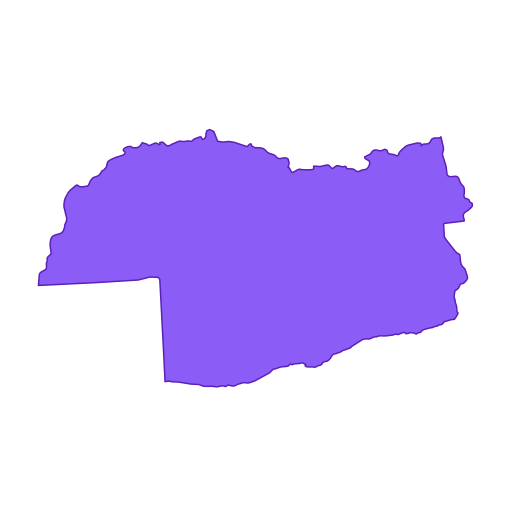 SVG path tracing the border of Mendoza, rotated 87°
{"feature_id": "ARG-1275", "entity_name": "Mendoza", "entity_type": "Province", "adm_level": 1, "iso_a3": "ARG", "parent_name": "Argentina", "parent_adm1": "", "projection": "natural_earth1", "projection_center": [-68.979, -34.756], "detail": "fine", "context": "isolated", "style": "filled", "palette": "violet", "viewbox_px": 512, "rotation_deg": 87, "n_neighbors": 0, "source": "natural_earth", "source_scale": "10m", "svg_char_len": 6030}
<svg xmlns="http://www.w3.org/2000/svg" viewBox="0 0 512 512"><g transform="rotate(87 256 256)"><path d="M162.7,142.3L160.7,137.6L160.1,136.5L157.9,134.6L156.9,133.5L156.4,132.2L156.4,130.6L157.5,126.1L157.2,124.5L156.6,123.2L156.2,121.9L156.8,120.3L157.6,119.5L159.7,119.0L160.6,118.3L161.1,117.1L161.7,113.8L162.2,112.4L163.3,110.2L163.3,109.2L162.4,108.5L160.9,107.9L159.8,107.2L157.7,105.1L154.3,100.8L153.3,98.4L151.7,89.9L151.7,88.2L151.8,86.7L152.0,86.1L152.3,85.5L153.8,85.4L154.4,85.2L153.1,83.1L153.0,81.7L153.1,80.3L152.9,78.6L152.2,77.0L151.2,76.1L148.7,74.6L147.5,72.2L147.7,66.5L146.8,65.2L147.6,64.9L157.3,63.2L159.9,63.2L161.5,63.9L164.4,64.5L176.8,61.4L184.2,61.0L184.7,60.8L185.5,60.4L185.9,60.0L186.2,59.6L186.7,58.9L186.9,58.0L187.0,57.0L186.8,52.6L186.9,52.1L187.2,51.3L187.9,50.3L188.1,50.0L189.1,49.5L193.1,48.2L194.5,47.5L195.2,47.0L196.8,45.7L198.0,44.9L198.4,44.8L200.1,44.5L203.6,44.6L206.7,45.3L208.4,44.8L208.8,44.6L209.3,44.0L209.5,43.7L210.3,41.5L210.8,40.6L211.1,40.4L211.9,40.1L212.6,39.9L213.1,39.7L213.4,39.4L214.5,37.7L215.2,37.2L215.8,37.2L216.9,37.3L217.7,37.6L218.4,38.1L219.2,38.9L221.8,42.2L222.4,43.6L223.3,44.9L224.5,46.2L225.4,46.7L227.6,46.9L230.6,46.2L231.5,46.2L231.8,46.3L232.0,46.6L233.3,66.1L233.7,66.7L234.3,67.0L246.8,66.9L250.1,65.0L261.4,57.0L263.5,55.2L264.3,53.6L264.9,52.9L265.7,52.4L273.5,51.9L274.8,51.6L277.1,50.5L279.6,48.3L280.3,47.9L287.3,46.0L289.6,46.0L291.8,47.5L293.5,49.4L294.2,50.5L294.7,53.0L295.5,53.8L298.0,55.1L298.9,55.8L299.7,56.7L301.1,59.0L301.6,59.3L307.5,60.4L308.6,59.9L309.1,59.8L309.6,60.0L310.7,59.5L311.2,59.5L313.0,59.3L316.8,58.3L321.0,58.3L321.9,58.2L322.6,57.9L323.2,57.3L324.9,57.7L329.6,61.1L329.8,64.4L331.6,71.7L333.0,72.7L333.7,73.5L334.2,74.4L334.3,75.0L334.2,76.2L334.4,76.8L334.8,77.3L335.2,78.0L335.4,78.7L335.7,80.8L336.6,83.2L336.8,84.2L336.8,85.4L338.1,91.8L338.5,92.8L338.9,93.7L339.7,94.6L340.4,95.1L340.9,95.8L341.1,97.1L341.4,98.5L342.0,99.4L342.3,100.2L341.1,102.6L340.8,104.8L340.6,105.4L341.4,108.7L341.3,110.6L340.3,111.4L340.0,112.3L340.6,114.5L341.8,117.8L341.8,118.7L341.5,120.2L341.4,121.0L341.6,121.9L342.1,123.5L342.6,130.6L342.2,136.8L342.7,138.9L343.0,139.6L343.0,142.4L344.5,146.0L344.7,147.5L344.5,150.9L344.6,152.4L345.1,154.2L351.2,165.0L352.5,166.3L352.9,167.1L353.7,169.9L354.0,170.6L354.8,174.0L356.3,176.7L357.9,182.0L358.0,183.4L358.5,184.4L359.6,185.4L361.9,187.0L362.9,187.9L363.9,189.0L364.7,190.4L365.3,194.0L366.1,195.0L367.2,195.7L368.0,196.6L368.5,197.7L368.9,200.1L370.0,202.1L370.1,203.3L369.7,205.7L369.5,209.8L369.2,211.5L368.3,212.6L367.8,212.7L367.0,212.1L366.6,212.1L366.4,212.4L366.1,213.5L365.2,215.0L365.1,216.0L365.6,218.0L365.8,224.1L366.5,225.5L365.7,227.2L366.2,228.1L367.3,229.1L367.8,230.6L368.1,237.2L369.6,242.2L369.8,244.0L370.3,245.2L373.3,248.5L380.7,263.8L382.3,269.4L382.4,271.0L381.8,275.1L382.0,276.1L382.8,279.1L383.0,280.4L383.3,281.4L384.4,283.7L384.7,285.0L384.6,286.3L383.4,290.8L384.1,291.8L384.5,292.4L384.7,293.0L384.6,294.0L383.8,295.9L384.5,300.8L384.6,302.0L383.8,306.9L383.5,313.9L383.2,315.5L381.3,319.9L380.5,327.7L377.8,340.1L377.3,345.7L376.5,349.4L376.4,350.7L376.8,353.2L377.2,353.4L349.3,353.3L274.5,353.3L273.3,353.9L272.2,355.0L271.7,360.2L271.5,363.4L271.7,364.6L272.0,365.6L273.8,375.0L274.2,418.4L274.0,474.8L262.9,473.3L261.9,472.7L260.7,471.3L258.8,467.3L257.9,466.3L256.7,465.8L252.6,465.8L251.9,465.6L250.5,464.9L249.8,464.7L247.8,464.7L247.2,464.7L245.9,463.8L243.6,461.0L242.3,460.4L234.3,461.1L231.0,460.7L228.0,459.8L225.8,458.3L224.6,455.8L223.2,449.8L221.5,447.6L220.3,446.9L217.3,445.7L214.7,445.2L210.7,443.3L208.1,443.1L197.0,445.2L193.7,445.0L190.5,444.3L187.9,443.3L182.9,440.2L180.7,438.2L176.2,432.3L175.8,431.2L176.0,430.4L177.1,429.1L177.6,428.3L177.7,427.5L177.7,425.9L178.0,425.1L177.6,424.0L177.4,420.7L176.4,419.5L175.5,419.1L174.4,418.5L172.5,417.6L170.0,415.5L169.5,414.8L169.1,414.2L168.2,411.1L167.7,409.6L167.0,408.5L164.8,406.5L163.3,405.7L163.0,405.4L162.2,403.6L160.8,402.2L159.9,401.1L159.5,400.9L154.9,399.4L154.2,399.0L153.9,398.8L153.1,397.7L151.7,395.0L149.9,390.0L149.7,388.8L148.3,383.4L147.7,382.5L147.1,381.8L146.5,381.5L146.0,381.4L145.6,381.4L145.2,381.5L144.9,381.7L144.1,382.6L143.8,382.9L143.4,383.0L142.6,382.8L142.3,382.6L141.7,381.9L141.0,380.8L140.3,378.8L140.0,377.3L140.0,376.0L140.1,375.3L140.3,374.8L141.1,374.0L141.3,373.6L141.4,373.1L141.5,372.1L141.6,369.9L141.5,368.9L141.3,368.4L140.9,367.2L140.6,366.8L139.7,365.8L137.3,364.0L136.9,363.5L137.4,362.5L138.2,359.9L138.6,359.2L139.6,358.0L140.1,357.0L139.8,355.8L138.0,351.0L138.0,350.0L138.5,348.6L138.8,348.1L139.3,347.7L139.7,347.2L139.8,346.6L139.4,346.0L138.0,346.2L137.5,345.9L137.5,343.1L141.4,339.0L141.2,336.4L140.2,334.7L137.3,326.8L137.3,325.6L137.9,322.7L137.9,321.2L137.5,318.0L138.1,314.8L137.6,313.6L136.7,312.6L135.8,311.3L134.2,306.1L134.1,304.9L134.8,304.3L136.0,303.9L136.8,303.2L136.1,301.2L133.8,299.8L130.9,299.5L128.4,298.6L127.3,295.6L129.5,291.6L139.4,288.3L140.5,282.9L140.2,277.2L141.4,271.6L146.2,259.5L146.0,258.6L145.2,257.9L144.2,256.8L143.7,255.4L144.1,254.9L145.1,254.7L146.4,253.9L147.7,251.5L148.3,245.5L149.2,242.9L150.4,241.5L153.0,239.2L154.1,237.6L155.5,233.8L156.4,232.1L159.3,229.5L159.9,228.0L159.9,226.3L159.6,224.0L159.5,221.6L160.0,219.9L161.0,218.8L164.3,218.1L165.6,218.2L166.9,218.5L169.2,219.4L169.6,219.1L169.6,218.5L169.8,218.1L174.2,216.1L174.4,215.3L173.9,213.5L172.3,210.4L171.9,209.4L171.6,208.0L171.7,207.3L171.9,206.7L172.2,205.5L172.7,199.5L172.7,195.9L172.1,193.8L170.9,193.5L169.9,193.9L169.3,193.6L169.4,191.5L169.9,188.4L170.0,187.0L168.9,181.0L168.9,179.3L169.4,178.4L171.6,176.6L172.4,175.7L172.4,174.5L170.7,172.0L170.1,170.7L170.2,169.2L171.5,164.7L171.5,163.9L171.3,163.2L171.1,162.5L171.4,161.7L171.7,161.4L173.0,160.9L173.5,160.6L173.7,159.6L174.0,156.0L174.2,154.7L174.8,153.5L176.5,151.3L177.0,150.1L176.9,148.6L175.7,145.8L175.2,141.5L173.8,139.7L171.7,138.4L169.4,137.5L167.1,137.9L164.4,141.9L162.7,142.3Z" fill="#8b5cf6" stroke="#5b21b6" stroke-width="1.5"/></g></svg>